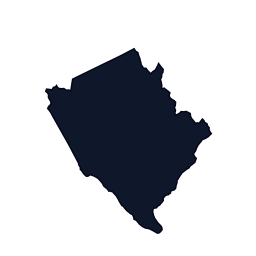 Piquet Carneiro, Ceará, Brazil (Mercator projection), rotated 307°
{"feature_id": "56859067B98539015493985", "entity_name": "Piquet Carneiro", "entity_type": "district", "adm_level": 2, "iso_a3": "BRA", "parent_name": "Brazil", "parent_adm1": "Ceará", "projection": "mercator", "projection_center": [-39.446, -5.857], "detail": "fine", "context": "isolated", "style": "filled", "palette": "ink", "viewbox_px": 256, "rotation_deg": 307, "n_neighbors": 0, "source": "geoboundaries", "source_scale": "gbopen_adm2", "svg_char_len": 2369}
<svg xmlns="http://www.w3.org/2000/svg" viewBox="0 0 256 256"><g transform="rotate(307 128 128)"><path d="M173.7,197.9L174.2,196.0L175.2,194.0L177.2,192.4L177.4,190.5L178.9,188.5L178.6,185.7L179.7,183.9L179.9,182.0L177.7,182.0L174.6,182.0L173.9,180.4L172.4,179.0L173.0,176.6L173.5,175.0L173.8,173.0L175.0,170.9L177.0,169.0L176.7,166.8L176.2,164.4L174.5,162.9L173.1,160.6L170.4,160.2L168.4,159.2L167.1,158.0L168.2,156.3L169.8,155.8L171.2,154.8L171.9,152.9L174.4,152.2L177.2,150.5L177.6,148.7L177.3,146.0L177.4,143.1L178.8,141.2L181.3,140.3L181.5,137.6L181.5,135.2L181.6,132.9L179.5,131.3L180.9,130.3L182.3,129.4L184.7,126.8L186.2,124.7L188.1,124.3L189.7,123.7L191.4,122.4L193.3,122.4L195.9,120.9L196.8,117.4L197.3,115.6L197.9,113.6L195.7,114.2L193.5,114.5L191.0,115.0L188.2,114.0L184.8,113.5L185.3,111.9L185.5,109.7L186.5,106.4L185.0,104.4L185.8,102.6L186.5,100.3L187.9,99.0L189.3,97.1L190.6,95.6L192.3,92.8L194.2,90.4L193.9,87.8L195.0,85.2L181.9,79.0L161.4,68.5L133.7,54.4L123.0,60.1L122.7,57.8L121.0,55.9L120.9,53.0L119.2,51.1L117.9,48.7L118.2,46.9L118.9,45.3L117.2,45.4L115.6,44.0L112.9,44.4L111.7,42.4L110.1,39.6L107.8,40.2L107.6,42.8L106.7,44.6L104.6,46.0L103.6,48.1L102.7,50.5L100.7,52.1L97.5,51.7L95.3,52.1L94.7,54.4L94.1,56.6L92.2,60.7L79.1,90.7L70.2,109.6L68.6,111.5L67.9,113.7L66.3,114.8L66.0,116.7L65.2,118.9L64.7,120.8L64.4,123.8L65.6,125.1L68.1,126.0L69.3,130.1L69.8,134.2L69.5,136.1L69.0,138.5L68.4,141.0L67.1,143.5L66.8,148.9L66.0,150.4L66.9,151.8L67.8,154.1L67.2,156.9L66.7,159.8L65.9,161.5L65.3,163.2L64.1,165.4L63.2,167.8L62.4,169.7L62.7,171.4L62.0,173.5L61.3,177.0L61.3,179.3L61.1,181.4L61.6,183.6L60.3,186.1L58.8,187.7L59.3,190.2L58.1,195.2L58.1,199.2L58.7,202.3L59.7,204.1L60.5,206.3L61.1,209.7L61.7,214.7L62.9,215.9L65.0,216.4L67.5,216.3L68.7,215.0L69.5,213.5L69.9,210.8L70.2,208.8L71.9,203.6L73.4,201.2L75.6,198.4L77.7,197.0L79.3,196.7L81.3,198.7L83.5,198.8L85.5,199.6L89.2,199.8L91.3,199.8L92.8,198.5L95.1,198.3L97.4,198.8L98.8,200.2L101.5,201.0L103.7,200.1L106.6,202.2L108.7,202.2L110.9,201.0L113.8,200.0L115.6,198.7L117.5,198.6L120.2,198.3L122.3,198.2L124.8,198.1L130.3,199.6L132.5,200.6L135.1,200.5L138.4,201.4L140.8,202.0L144.8,200.8L145.2,198.7L146.4,195.9L150.5,195.6L153.6,194.7L156.5,194.2L159.1,194.3L161.0,194.4L163.6,194.3L165.9,195.9L169.2,197.2L171.5,197.6L173.7,197.9Z" fill="#0f172a" stroke="#020617" stroke-width="1.5"/></g></svg>